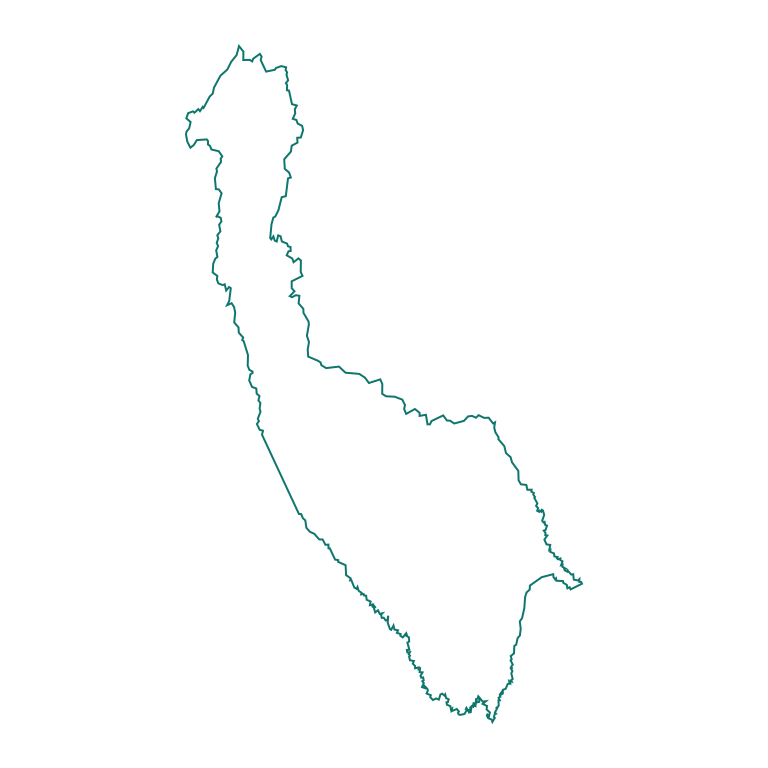 San Vicente Del Caguán, Caquetá, Colombia (Equal Earth projection)
{"feature_id": "7082276B18611822799653", "entity_name": "San Vicente Del Caguán", "entity_type": "district", "adm_level": 2, "iso_a3": "COL", "parent_name": "Colombia", "parent_adm1": "Caquetá", "projection": "equal_earth", "projection_center": [-74.217, 1.75], "detail": "fine", "context": "isolated", "style": "outline", "palette": "teal", "viewbox_px": 768, "rotation_deg": 0, "n_neighbors": 0, "source": "geoboundaries", "source_scale": "gbopen_adm2", "svg_char_len": 6086}
<svg xmlns="http://www.w3.org/2000/svg" viewBox="0 0 768 768"><path d="M188.2,113.1L186.3,118.3L190.6,122.0L189.2,128.3L186.5,131.6L186.0,134.6L187.3,141.6L190.4,147.7L193.8,145.0L196.8,140.1L206.7,139.4L208.0,141.0L208.0,144.5L210.0,145.9L211.4,149.5L218.7,151.2L222.3,156.4L220.7,158.6L221.0,162.0L216.4,168.6L217.0,171.4L214.9,178.1L215.9,189.1L218.8,189.4L221.6,193.3L218.7,203.2L219.5,211.3L216.0,217.2L217.5,216.2L220.8,217.9L221.4,221.5L219.1,224.7L220.4,231.3L217.3,235.3L218.3,238.3L216.7,243.0L218.1,246.1L216.2,250.3L217.4,257.0L215.3,258.6L213.2,263.8L212.7,272.5L217.3,275.9L216.9,279.7L218.4,283.4L222.7,285.1L224.7,284.3L226.2,290.5L229.1,287.0L230.8,288.2L229.2,301.0L227.1,305.2L231.6,303.2L234.1,307.1L235.2,312.6L234.2,322.4L238.5,327.4L238.8,332.7L243.2,337.6L242.2,340.0L243.7,341.2L248.0,355.1L247.7,365.7L249.4,369.9L252.5,371.5L252.6,372.9L250.4,374.3L249.2,380.5L252.1,387.0L256.3,388.5L256.7,393.7L259.5,396.0L258.4,400.4L260.4,403.0L259.6,408.6L260.5,411.7L257.8,418.8L258.9,421.2L256.9,424.0L259.7,429.8L263.0,430.7L262.0,434.7L298.9,513.9L301.2,514.1L302.8,518.1L305.3,520.4L306.4,527.8L309.9,531.8L314.3,533.8L319.2,539.4L322.7,539.5L325.4,544.8L328.4,544.6L328.5,548.3L329.8,548.3L335.1,559.6L338.2,560.1L338.2,561.9L345.6,565.2L346.1,575.1L350.7,578.4L350.1,580.4L351.4,580.3L354.3,587.5L356.6,588.9L357.5,587.0L358.7,590.9L361.6,592.8L361.2,594.4L363.6,594.0L364.1,595.5L366.1,595.7L366.7,599.8L370.6,601.5L369.9,605.2L373.0,604.6L372.5,606.6L373.8,607.4L373.7,605.4L375.1,607.1L373.9,608.0L375.2,612.4L378.0,610.3L379.7,613.9L382.4,613.3L381.0,614.8L381.8,617.9L383.7,617.7L385.7,620.5L387.5,619.8L388.2,615.7L387.7,622.8L390.0,629.2L391.2,629.8L393.5,625.5L394.5,629.6L398.0,630.3L396.9,632.9L400.6,634.0L400.3,635.7L402.8,637.4L406.2,633.2L406.8,634.8L405.8,635.5L408.9,637.3L409.2,641.5L407.4,642.7L409.4,649.8L406.9,649.9L407.4,652.5L409.9,652.2L408.8,654.2L410.0,655.7L409.1,656.8L410.0,660.3L413.9,661.0L412.8,663.7L415.1,666.0L415.1,668.3L418.7,667.4L418.6,669.2L420.0,668.5L419.6,672.1L422.5,672.4L420.5,675.8L421.3,677.7L423.1,677.4L423.7,680.3L422.3,681.2L423.8,683.1L422.0,687.1L424.9,688.1L424.6,686.1L427.3,688.8L427.9,690.4L426.6,693.5L430.8,695.2L430.2,697.1L432.9,700.0L436.2,698.5L438.8,699.6L440.5,694.4L442.2,693.7L444.3,695.5L445.2,694.3L446.1,698.1L448.7,699.3L447.8,702.2L446.5,702.3L446.9,704.7L450.4,706.2L450.9,709.3L452.1,708.5L451.6,711.2L456.8,709.0L458.9,711.5L458.0,712.9L458.7,714.4L460.1,714.9L464.4,714.0L467.0,709.9L465.8,709.1L466.4,707.9L467.9,710.6L469.3,709.6L469.1,712.4L470.7,712.2L471.4,707.8L470.5,707.2L472.2,705.7L473.1,706.5L473.6,702.3L474.2,705.9L475.5,706.2L476.1,698.3L477.1,702.4L479.1,701.9L479.6,699.5L477.7,698.2L478.3,696.3L482.7,701.6L485.9,701.2L482.7,703.9L487.0,706.0L486.6,709.5L489.9,712.4L488.9,716.5L487.3,714.6L486.8,715.6L488.2,718.2L491.6,719.5L492.4,721.9L494.8,717.9L493.8,717.0L494.8,714.1L496.0,713.7L494.9,712.6L497.0,708.6L495.9,707.2L497.2,707.9L498.7,705.5L498.5,700.3L499.8,700.3L498.6,697.7L500.4,696.7L499.7,694.7L501.1,692.8L501.1,694.3L501.7,692.5L501.9,694.1L502.8,693.5L502.9,689.8L505.7,688.8L507.7,684.0L509.6,683.7L509.3,681.9L510.4,683.1L510.5,680.8L511.6,681.3L511.1,680.3L512.7,679.0L511.3,673.4L512.4,671.1L510.8,668.3L511.9,668.0L511.2,666.7L512.8,664.6L510.6,660.4L511.7,659.3L510.7,656.1L514.0,653.4L514.3,645.9L516.2,644.7L517.6,638.1L519.9,635.5L520.7,628.8L519.8,621.4L522.1,618.1L524.3,608.3L525.1,597.0L526.6,592.4L529.7,589.6L529.9,585.6L541.7,577.2L553.2,574.2L553.5,577.1L555.0,579.2L556.0,578.3L556.3,580.7L563.0,581.1L563.3,582.8L566.8,584.9L567.4,588.3L569.6,587.2L570.6,589.4L582.0,583.7L581.2,582.0L579.3,581.8L579.4,579.2L578.2,580.5L573.8,579.6L573.2,574.2L571.3,574.6L567.8,570.7L567.4,571.7L564.7,570.3L564.2,568.7L565.5,568.6L562.3,566.7L562.6,564.7L561.1,565.2L562.5,561.3L560.3,560.1L560.4,558.5L557.9,559.3L556.9,558.3L557.6,557.1L554.4,556.4L554.0,553.4L550.3,551.9L550.4,549.7L549.3,550.2L550.2,544.9L546.5,544.4L544.4,539.6L547.3,535.5L545.3,535.1L545.5,532.9L543.8,530.6L545.6,529.9L547.0,525.6L545.2,524.9L544.6,521.9L543.5,522.5L542.2,520.7L544.2,514.8L542.9,510.4L541.8,509.8L541.2,511.7L539.6,510.6L539.1,511.8L537.2,510.8L538.1,508.1L536.1,505.9L537.4,503.4L534.3,498.0L535.0,497.1L533.3,494.6L533.9,493.0L531.3,491.6L531.6,489.7L527.4,489.8L526.3,484.9L520.9,484.3L518.6,480.3L518.3,470.9L512.0,462.3L510.6,457.2L506.0,453.1L504.3,446.1L498.4,439.2L498.6,437.4L495.4,432.3L494.2,427.6L495.0,422.4L493.1,423.5L488.6,417.7L484.2,417.9L478.6,415.2L476.0,417.7L472.0,415.9L468.1,416.4L463.9,420.9L454.2,423.5L450.1,420.7L446.9,420.5L443.2,415.4L431.6,421.0L429.9,424.3L427.5,424.3L425.9,414.8L419.6,415.9L419.6,412.8L414.9,409.0L406.2,413.9L404.1,409.0L405.0,405.1L402.3,399.6L394.6,396.7L386.0,396.3L382.2,393.8L382.3,384.0L380.3,379.4L368.9,383.0L365.1,377.8L359.3,373.9L345.5,372.7L339.0,366.6L326.1,368.1L321.4,365.2L320.6,362.5L318.2,360.9L308.2,356.6L307.7,349.5L309.0,342.0L306.9,335.8L308.9,324.4L308.5,321.4L303.5,312.9L303.3,308.8L298.6,303.4L299.4,295.8L295.9,295.2L292.0,297.2L289.8,296.1L294.5,291.3L291.7,288.2L291.7,281.3L302.5,275.9L300.7,271.9L300.9,260.5L298.4,258.4L293.6,262.2L292.3,258.5L286.7,255.3L288.5,251.3L290.7,250.9L290.5,247.0L288.0,246.3L287.1,243.6L281.9,241.5L280.5,236.2L278.2,235.4L276.7,241.5L274.7,240.6L273.4,236.4L271.3,239.4L270.2,238.2L271.5,224.3L273.3,217.6L275.3,216.5L278.4,210.3L281.7,197.2L285.8,196.2L288.0,178.4L290.8,177.5L289.1,172.5L284.8,168.9L284.2,159.3L290.9,151.6L291.7,145.7L297.5,142.6L297.2,137.8L300.8,137.5L303.1,130.2L302.1,125.8L297.7,123.6L296.4,120.0L292.8,118.8L295.2,113.5L294.8,109.3L296.8,105.5L292.0,104.2L289.0,90.6L287.0,90.3L287.1,84.9L285.9,83.1L288.1,80.4L286.5,74.6L287.1,72.4L285.6,70.0L286.1,67.3L281.3,66.1L276.0,68.0L274.8,69.8L266.1,71.6L260.7,60.1L261.6,56.6L259.9,53.9L253.3,58.6L252.1,61.4L249.9,59.9L243.3,60.0L243.4,51.6L239.0,46.1L236.6,55.1L231.2,61.8L227.3,69.6L220.5,75.6L214.0,87.6L212.7,93.7L209.7,96.5L203.6,107.9L202.7,106.9L200.0,111.1L198.3,109.1L194.5,112.7L193.0,111.4L188.2,113.1Z" fill="none" stroke="#0f766e" stroke-width="2"/></svg>